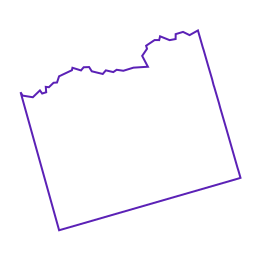 outline of Cass, Texas, United States of America, rotated 344°
{"feature_id": "52423323B4448800346359", "entity_name": "Cass", "entity_type": "district", "adm_level": 2, "iso_a3": "USA", "parent_name": "United States of America", "parent_adm1": "Texas", "projection": "orthographic", "projection_center": [-94.255, 33.095], "detail": "fine", "context": "isolated", "style": "outline", "palette": "violet", "viewbox_px": 256, "rotation_deg": 344, "n_neighbors": 0, "source": "geoboundaries", "source_scale": "gbopen_adm2", "svg_char_len": 815}
<svg xmlns="http://www.w3.org/2000/svg" viewBox="0 0 256 256"><g transform="rotate(344 128 128)"><path d="M33.6,207.3L220.1,207.0L222.4,206.9L222.4,202.6L222.4,200.4L222.3,196.3L222.3,186.0L222.3,179.5L222.3,156.1L222.2,133.9L222.3,129.0L222.2,113.9L222.2,112.3L222.1,110.4L222.3,104.2L222.2,89.6L222.2,88.6L222.2,84.0L222.2,74.2L222.1,71.1L222.1,67.1L222.1,63.3L222.1,53.5L212.8,55.7L207.4,50.8L199.7,50.9L198.3,55.6L192.2,55.0L184.1,48.7L182.2,52.1L177.8,50.8L168.1,53.9L168.1,57.1L161.5,62.6L164.0,74.6L149.9,71.5L139.3,71.7L133.1,68.9L129.3,70.2L122.6,66.5L118.6,69.1L108.8,63.5L107.4,58.7L102.1,57.4L98.7,59.7L91.2,54.8L90.0,57.0L76.0,59.3L72.3,64.7L68.9,64.0L63.2,67.0L60.3,65.8L59.2,71.1L55.0,71.2L53.7,67.6L45.0,72.2L35.6,67.8L34.6,64.0L33.6,207.3Z" fill="none" stroke="#5b21b6" stroke-width="2"/></g></svg>